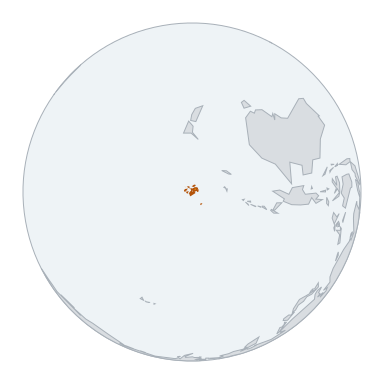 Fiji highlighted on a globe, orthographic projection, rotated 170°
{"feature_id": "FJI", "entity_name": "Fiji", "entity_type": "country or territory", "adm_level": 0, "iso_a3": "FJI", "parent_name": "Oceania", "parent_adm1": "", "projection": "orthographic", "projection_center": [179.313, -17.091], "detail": "fine", "context": "on_globe", "style": "filled", "palette": "amber", "viewbox_px": 384, "rotation_deg": 170, "n_neighbors": 0, "source": "natural_earth", "source_scale": "50m", "svg_char_len": 8054}
<svg xmlns="http://www.w3.org/2000/svg" viewBox="0 0 384 384"><g transform="rotate(170 192 192)"><circle cx="192" cy="192" r="169" fill="#eef3f6" stroke="#a8b0b8"/><path d="M193.9,189.0L194.2,190.3L193.9,190.4L193.9,189.0ZM353.7,143.1L348.4,130.9L345.6,125.0L342.2,117.4L323.1,89.7L339.1,113.7L334.8,107.9L328.2,98.7L328.1,97.4L318.6,85.3L312.5,79.9L299.2,66.5L285.4,53.1L289.7,55.8L285.8,52.8L280.3,49.4L277.5,48.0L256.8,36.8L237.5,30.8L234.0,31.1L232.7,29.7L227.8,32.4L218.9,32.9L227.4,31.2L227.0,30.2L220.2,29.6L218.4,28.6L214.0,27.9L212.4,26.8L217.4,26.5L216.5,26.0L211.8,25.7L207.2,24.9L214.3,25.3L207.0,24.1L214.1,24.5L214.4,24.5L226.3,26.6L238.0,29.4L249.5,33.1L260.7,37.6L271.6,43.0L282.0,49.0L292.0,55.8L301.5,63.3L310.4,71.5L318.7,80.2L326.4,89.6L333.4,99.4L339.6,109.8L345.1,120.5L349.8,131.7L353.7,143.1ZM291.8,328.3L291.5,328.6L287.3,331.5L288.3,330.8L287.9,331.0L285.9,332.2L291.5,328.0L299.7,321.8L302.6,319.7L304.0,318.3L308.7,314.2L291.8,328.3ZM310.3,312.7L310.1,312.8L311.3,311.7L310.3,312.7ZM259.5,97.1L258.5,93.8L261.5,96.0L259.5,97.1ZM256.3,91.8L257.0,92.9L256.1,91.9L256.3,91.8ZM254.6,91.1L255.9,91.6L254.5,91.3L254.6,91.1ZM252.4,90.6L253.6,90.7L253.5,90.8L252.4,90.6ZM248.8,88.9L247.8,88.3L248.9,88.1L248.8,88.9ZM276.6,47.7L280.3,49.5L286.1,53.2L283.2,51.7L276.6,47.7ZM265.4,41.8L266.7,42.0L270.8,44.7L268.8,43.7L265.4,41.8ZM231.9,31.9L235.3,32.3L232.6,32.3L231.9,31.9ZM213.7,28.0L213.3,28.3L211.2,27.8L213.7,28.0ZM206.9,26.0L203.6,25.4L207.8,25.9L206.9,26.0ZM202.3,25.1L194.4,24.2L192.9,24.7L192.7,23.4L199.5,24.3L204.9,24.6L202.0,24.7L202.3,25.1ZM193.9,23.2L192.8,23.1L194.9,23.1L193.9,23.2ZM280.1,336.0L290.1,329.0L285.4,332.5L287.0,331.7L280.0,336.2L280.1,336.0ZM170.2,24.4L172.8,24.2L173.3,24.2L181.6,23.8L183.1,23.6L183.1,23.4L192.7,23.4L192.9,24.7L189.6,24.8L191.9,25.9L184.1,26.4L178.8,27.7L168.9,28.3L165.6,29.7L166.9,30.1L163.2,32.6L151.3,37.6L155.2,31.9L172.1,26.6L164.7,28.3L164.7,27.6L161.0,28.2L155.9,29.8L156.4,30.1L139.6,33.1L124.0,39.6L129.2,38.6L128.4,40.3L115.3,49.4L90.0,65.1L88.6,69.7L85.7,73.2L80.9,76.0L84.9,70.8L83.6,69.7L86.6,66.7L80.2,70.3L84.2,66.1L77.2,71.4L75.4,74.3L79.6,72.3L71.8,79.3L70.9,84.4L66.3,92.2L52.7,109.0L45.6,116.2L44.2,119.1L43.8,117.1L39.6,124.1L37.6,138.0L36.4,142.8L31.3,154.4L31.8,150.9L30.5,145.5L27.7,157.6L28.6,164.8L28.8,175.6L27.0,173.8L27.1,164.6L26.7,162.4L28.6,152.0L31.9,138.5L30.3,143.0L34.2,131.5L39.0,120.4L44.5,109.6L50.8,99.2L57.8,89.4L65.5,80.0L73.8,71.2L82.8,63.1L92.3,55.6L102.3,48.8L112.8,42.7L123.7,37.4L135.0,33.0L146.5,29.3L158.3,26.4L170.2,24.4ZM87.3,324.6L88.7,325.7L89.8,326.6L87.3,324.6ZM47.2,194.6L50.1,194.4L50.1,195.2L47.2,194.6ZM44.1,192.9L47.1,192.0L43.9,194.8L44.1,192.9ZM48.3,191.7L51.4,189.2L52.7,187.5L52.6,189.2L48.3,191.7ZM42.3,193.7L33.7,197.8L30.8,197.6L31.1,194.4L35.7,192.1L42.3,193.7ZM30.8,194.4L27.0,189.5L24.7,171.4L25.5,170.2L28.4,179.3L28.2,181.9L30.5,186.3L30.8,194.4ZM41.8,173.5L41.6,180.9L36.5,182.6L34.4,182.6L32.9,174.1L33.7,169.1L35.3,168.3L43.7,149.5L46.1,152.2L43.1,159.6L45.2,164.9L41.8,173.5ZM48.7,137.7L44.2,145.5L48.8,135.7L48.7,137.7ZM52.4,129.0L51.9,132.2L51.2,129.5L52.4,129.0ZM42.6,123.4L40.8,125.1L41.6,122.9L44.3,119.5L42.6,123.4ZM62.7,99.1L59.7,105.3L58.3,107.6L59.0,104.2L62.7,99.1ZM176.0,260.7L180.9,262.7L178.8,268.3L174.2,273.8L166.4,275.1L176.0,260.7ZM124.8,273.2L119.3,266.3L126.2,265.5L127.8,271.7L124.8,273.2ZM179.5,256.6L181.2,250.7L176.7,242.7L182.7,250.2L190.1,251.5L183.0,262.4L179.5,256.6ZM85.0,248.0L70.7,265.3L66.1,264.9L64.0,259.3L53.4,244.9L54.6,244.8L49.8,234.8L56.4,221.9L60.1,203.2L67.5,202.7L70.8,189.9L79.6,189.5L79.0,199.2L90.5,204.4L92.5,182.8L105.1,205.0L117.3,213.2L127.3,228.6L126.3,255.8L120.5,261.4L116.9,258.8L115.2,261.8L108.8,260.9L100.3,252.3L98.8,255.3L98.0,248.5L96.9,254.7L91.3,249.5L85.0,248.0ZM150.2,202.5L152.9,203.4L159.0,208.0L154.4,206.9L150.2,202.5ZM187.4,192.9L189.9,195.1L186.6,195.2L187.4,192.9ZM193.9,190.4L190.0,190.7L193.9,189.0L193.9,190.4ZM157.9,189.5L159.8,191.1L158.9,191.5L157.9,189.5ZM156.7,188.9L157.5,186.7L158.1,189.1L156.7,188.9ZM141.8,175.8L142.9,174.7L143.7,175.7L141.8,175.8ZM54.4,193.3L57.9,186.4L60.3,185.3L54.4,193.3ZM139.3,173.3L135.9,172.9L136.0,171.8L139.3,173.3ZM139.0,170.5L138.3,168.8L141.1,172.8L139.0,170.5ZM132.1,166.6L136.5,169.7L131.7,166.9L132.1,166.6ZM129.8,166.9L126.9,165.6L127.0,165.1L129.8,166.9ZM102.2,169.2L112.4,178.8L105.3,178.7L97.0,172.9L92.4,178.9L80.8,178.9L82.8,175.2L80.8,170.1L70.1,169.4L67.9,166.3L71.3,163.5L64.9,161.9L71.9,159.3L75.1,165.7L79.3,159.8L87.4,160.4L96.0,162.2L103.8,167.1L102.2,169.2ZM72.8,174.5L74.1,174.3L73.2,176.6L72.8,174.5ZM121.4,161.6L125.6,165.1L125.3,165.9L123.3,165.4L121.4,161.6ZM105.4,165.8L113.5,159.9L115.6,160.0L110.4,166.6L105.4,165.8ZM111.1,156.2L115.2,157.0L117.7,160.2L116.9,161.1L111.1,156.2ZM58.5,170.5L58.4,172.5L56.7,171.3L58.5,170.5ZM60.5,168.9L65.8,170.0L60.2,170.6L60.5,168.9ZM47.0,165.9L48.2,169.9L52.0,165.9L49.1,170.9L52.2,177.6L51.5,180.7L48.3,173.4L48.0,182.0L46.4,182.4L45.1,175.5L46.4,166.4L48.1,162.3L55.2,158.9L47.0,165.9ZM60.3,163.4L59.0,158.5L60.1,154.9L61.4,157.3L60.3,163.4ZM56.1,147.2L53.7,142.3L50.8,145.2L57.5,135.8L58.5,142.0L56.1,147.2ZM55.3,135.4L52.4,138.0L55.9,132.8L55.3,135.4ZM52.2,136.4L52.7,132.6L54.5,132.5L52.2,136.4ZM56.6,135.2L58.4,128.5L58.6,132.1L56.6,135.2ZM54.0,124.3L56.5,129.3L51.9,128.3L55.2,116.2L57.5,115.2L54.0,124.3ZM89.2,75.9L90.7,73.2L93.7,72.1L91.8,74.2L89.2,75.9ZM104.9,67.5L95.0,71.0L87.2,74.6L88.0,75.5L83.4,80.6L84.0,76.6L91.8,70.6L97.1,68.9L101.1,65.0L106.9,62.2L110.5,57.8L114.0,55.9L112.4,59.4L104.9,67.5ZM111.8,56.1L120.2,49.1L124.5,49.6L123.6,51.3L118.0,54.1L116.0,53.6L111.8,56.1ZM123.5,47.7L121.7,47.3L130.4,39.0L133.2,37.5L128.9,43.3L127.0,43.4L124.2,45.6L123.5,47.7ZM191.4,23.1L192.6,23.1L191.4,23.1Z" fill="#d9dde1" stroke="#a8b0b8" stroke-width="1"/><path d="M189.1,192.8L189.1,193.0L189.3,193.0L189.5,193.3L189.8,193.5L190.0,193.7L190.0,193.8L189.9,193.9L190.0,194.2L190.1,194.5L190.2,194.9L190.0,195.0L189.7,195.0L189.3,195.1L189.0,195.2L188.8,195.4L188.5,195.4L188.2,195.5L187.9,195.4L187.7,195.3L187.3,195.2L186.8,195.1L186.6,195.1L186.4,194.9L186.3,194.6L186.2,194.5L186.3,194.3L186.5,194.2L186.7,193.9L186.6,193.6L186.9,193.3L187.2,193.1L187.8,192.9L188.1,192.9L188.7,192.7L188.8,192.7L189.0,192.7L189.1,192.8ZM193.9,189.3L193.5,189.7L193.4,189.9L193.2,190.1L192.9,190.3L192.7,190.7L192.7,191.0L193.1,190.6L193.5,190.4L193.7,190.5L193.6,190.8L193.7,191.0L193.4,191.0L193.1,191.0L192.8,191.1L192.4,191.2L192.2,191.1L192.0,190.9L191.7,190.9L191.3,191.2L191.1,191.4L190.8,191.4L190.6,191.6L190.3,191.7L190.2,191.5L190.1,191.3L190.0,191.1L189.7,191.1L189.7,190.9L189.8,190.9L189.9,190.7L190.1,190.7L190.4,190.7L190.6,190.6L190.7,190.4L191.0,190.2L191.4,190.1L191.8,190.0L192.1,189.9L192.5,189.6L192.9,189.4L193.1,189.4L193.3,189.4L193.5,189.4L193.9,189.2L193.9,189.3ZM189.7,197.6L189.3,197.8L189.2,197.7L188.9,197.8L188.8,198.0L188.4,198.1L188.2,198.0L188.3,197.9L188.5,197.8L188.8,197.7L189.1,197.5L189.3,197.4L189.5,197.5L189.7,197.6ZM194.0,191.5L193.9,191.6L193.9,191.3L193.9,191.2L194.2,190.9L194.3,190.8L194.4,191.0L194.3,191.3L194.0,191.5ZM193.9,191.6L193.7,191.7L193.7,191.4L193.9,191.1L193.9,191.3L193.9,191.6ZM192.1,195.0L191.8,194.8L191.8,194.7L192.0,194.5L192.1,194.9L192.1,195.0ZM190.6,193.9L190.4,193.8L190.5,193.6L190.6,193.9ZM196.9,192.6L196.7,192.6L196.8,192.5L196.8,192.4L196.7,192.3L196.7,192.2L196.9,192.3L197.0,192.4L197.0,192.5L196.9,192.6ZM192.3,192.8L192.2,192.9L192.2,192.5L192.3,192.5L192.3,192.8ZM186.1,192.2L186.2,191.9L186.3,191.9L186.3,192.1L186.1,192.2ZM198.8,194.6L198.7,194.6L198.6,194.4L198.8,194.4L198.8,194.5L198.8,194.6ZM194.1,190.3L193.9,190.4L193.9,190.2L194.1,190.1L194.1,190.3ZM196.8,194.6L196.7,194.7L196.8,194.6ZM197.4,195.4L197.2,195.4L197.3,195.3L197.4,195.4ZM185.7,178.5L185.4,178.5L185.5,178.4L185.7,178.5L185.7,178.5ZM194.5,197.5L194.4,197.5L194.4,197.4L194.5,197.5ZM198.0,198.1L197.9,198.1L198.0,198.1L198.0,198.1ZM194.1,189.2L193.9,189.3L193.9,189.2L194.0,189.2L194.1,189.2ZM193.9,190.4L193.9,190.2L193.9,190.4Z" fill="#f59e0b" stroke="#b45309" stroke-width="1.5"/></g></svg>